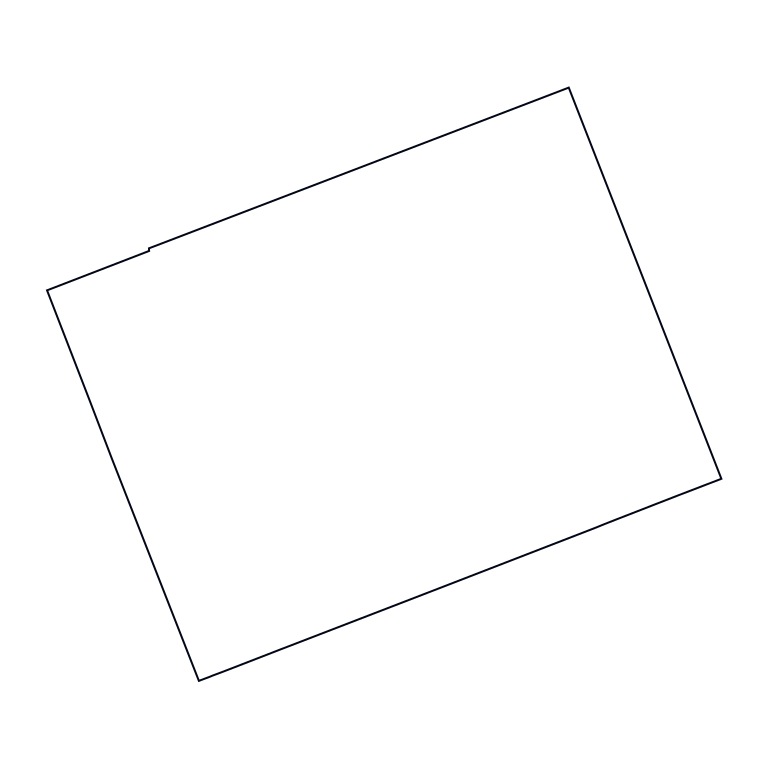 Niobrara, Wyoming, United States of America, rotated 69°
{"feature_id": "52423323B65345552187242", "entity_name": "Niobrara", "entity_type": "district", "adm_level": 2, "iso_a3": "USA", "parent_name": "United States of America", "parent_adm1": "Wyoming", "projection": "natural_earth1", "projection_center": [-104.247, 43.056], "detail": "fine", "context": "isolated", "style": "outline", "palette": "ink", "viewbox_px": 768, "rotation_deg": 69, "n_neighbors": 0, "source": "geoboundaries", "source_scale": "gbopen_adm2", "svg_char_len": 441}
<svg xmlns="http://www.w3.org/2000/svg" viewBox="0 0 768 768"><g transform="rotate(69 384 384)"><path d="M593.4,103.0L173.5,105.3L173.1,554.8L175.6,555.6L175.8,665.0L294.0,664.7L355.8,664.8L594.8,663.2L594.9,651.2L594.8,649.2L594.9,639.1L594.7,576.3L594.7,573.4L594.5,418.7L594.0,237.1L593.9,232.5L593.8,227.9L593.7,214.4L593.5,173.5L593.4,149.7L593.4,119.0L593.4,103.2L593.4,103.0Z" fill="none" stroke="#020617" stroke-width="2"/></g></svg>